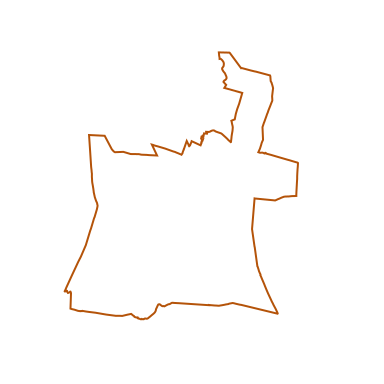 Lerma, México, Mexico (Robinson projection), rotated 195°
{"feature_id": "50627088B475938863267", "entity_name": "Lerma", "entity_type": "district", "adm_level": 2, "iso_a3": "MEX", "parent_name": "Mexico", "parent_adm1": "México", "projection": "robinson", "projection_center": [-99.473, 19.326], "detail": "fine", "context": "isolated", "style": "outline", "palette": "amber", "viewbox_px": 384, "rotation_deg": 195, "n_neighbors": 0, "source": "geoboundaries", "source_scale": "gbopen_adm2", "svg_char_len": 5876}
<svg xmlns="http://www.w3.org/2000/svg" viewBox="0 0 384 384"><g transform="rotate(195 192 192)"><path d="M187.7,300.9L185.6,300.9L169.1,300.7L169.3,289.4L169.8,283.8L169.9,278.9L169.5,273.2L169.8,273.0L170.9,272.2L172.4,271.0L171.7,269.8L171.3,268.9L171.0,268.3L169.8,266.1L169.3,264.8L169.0,263.2L168.7,261.5L168.5,259.2L168.4,258.1L168.2,256.2L167.9,254.5L167.3,250.4L167.5,250.2L170.5,251.7L171.7,252.5L173.4,253.4L174.3,253.9L174.8,254.1L175.5,254.5L178.3,255.9L178.9,256.1L179.5,256.2L180.1,256.2L180.7,256.3L181.3,256.3L183.9,256.5L184.9,256.6L185.3,256.7L186.2,257.1L186.6,257.1L187.0,257.1L188.0,256.8L188.4,256.6L188.7,256.4L189.1,256.0L189.5,255.8L189.7,255.5L190.0,255.2L190.6,254.7L191.1,254.5L191.5,254.3L192.5,254.1L193.9,253.8L193.7,253.3L193.7,252.7L192.6,252.8L192.6,252.2L195.5,251.7L195.4,251.3L195.5,251.0L195.3,248.5L195.5,248.5L195.5,248.0L196.1,248.0L196.5,248.4L196.6,247.8L197.1,247.8L197.0,245.9L196.5,245.6L196.3,245.7L195.9,245.6L195.6,245.7L195.0,245.9L195.1,244.6L195.6,244.7L195.8,243.5L195.5,243.4L195.8,241.9L195.5,241.8L195.8,239.3L197.0,239.5L205.5,241.0L205.5,240.0L205.8,238.1L205.9,236.9L206.0,236.5L206.2,236.2L206.3,235.9L206.6,235.5L207.0,235.8L207.2,236.1L207.3,236.4L207.8,237.1L208.5,237.8L209.5,239.0L210.3,239.9L210.8,232.9L210.9,231.1L211.0,231.1L211.0,230.7L211.2,228.9L211.3,227.2L211.2,226.9L211.8,225.3L212.2,225.4L213.9,225.6L214.5,225.7L215.9,225.9L216.2,225.9L216.8,226.0L217.0,226.0L217.7,226.1L218.2,226.2L218.8,226.3L219.2,226.3L219.3,226.3L219.7,226.3L220.6,226.3L229.1,227.0L236.5,227.2L239.9,227.2L241.9,227.4L243.0,227.4L235.2,218.2L243.1,216.5L245.5,216.1L248.5,215.4L249.1,215.3L250.3,215.0L250.9,214.9L252.0,214.9L253.2,214.8L261.1,212.8L268.7,213.0L276.7,210.5L277.8,210.8L278.7,211.3L280.5,212.5L290.9,223.7L306.2,220.4L300.4,203.4L295.9,190.1L294.9,187.6L294.5,186.6L294.1,185.4L293.4,183.7L292.6,180.6L292.1,179.2L291.5,177.3L291.1,176.1L290.6,174.9L289.7,173.0L288.2,169.7L287.2,167.3L286.8,166.2L286.4,165.5L285.9,164.5L285.5,163.7L285.0,162.8L284.7,162.1L284.1,161.2L282.3,158.5L282.0,158.2L281.6,157.7L281.1,157.1L280.6,156.3L280.3,155.5L279.8,154.8L279.6,153.9L279.5,152.8L279.4,150.5L279.5,146.4L279.6,142.5L279.8,141.4L280.1,130.6L280.3,128.4L280.8,113.2L282.6,100.8L283.8,95.2L285.8,83.9L286.4,80.5L288.6,67.5L288.8,66.2L288.9,65.1L289.3,63.2L289.0,63.0L288.7,63.1L288.4,63.5L288.4,64.0L288.2,64.3L287.1,64.1L286.7,63.2L286.1,62.8L285.7,62.4L285.0,62.8L284.3,63.6L283.8,64.3L283.6,64.3L283.2,63.8L282.7,63.0L279.2,47.9L277.9,47.8L275.2,47.9L271.4,47.7L271.0,47.7L270.6,47.8L270.1,47.9L269.5,47.9L269.1,47.9L268.6,48.3L268.2,48.4L267.8,48.4L267.5,48.4L267.2,48.8L263.7,49.1L260.4,49.5L254.1,50.4L243.2,51.4L233.4,52.7L230.3,53.6L228.0,54.1L227.4,54.2L222.6,56.8L219.2,58.5L218.5,58.2L217.1,57.5L215.8,57.1L215.4,56.6L214.5,56.4L213.3,56.4L212.7,56.5L212.2,56.8L211.9,56.8L211.8,56.7L211.6,56.0L210.4,55.9L210.1,56.0L209.9,56.0L208.9,55.8L208.2,55.9L207.9,56.2L207.7,56.4L207.2,56.2L206.5,56.5L206.3,56.6L205.9,56.6L205.7,56.6L205.4,57.0L204.9,57.4L204.6,57.7L203.5,57.8L202.8,57.9L202.2,58.3L201.6,58.9L201.2,59.6L200.6,60.3L199.1,62.5L198.6,63.2L198.0,64.0L197.4,64.9L196.8,66.0L196.6,66.6L196.4,67.4L196.3,68.2L196.4,68.9L196.4,69.7L196.2,70.7L195.9,72.4L195.8,73.2L195.6,74.0L195.5,74.5L195.1,74.8L194.7,75.1L194.3,75.1L193.9,75.1L193.5,75.0L193.2,74.7L192.8,74.6L191.9,74.3L191.4,74.1L191.2,74.1L190.8,74.1L190.3,74.3L189.9,74.5L189.5,74.5L189.3,74.4L189.1,74.4L188.5,74.9L188.3,75.1L187.9,75.5L187.6,75.8L186.4,76.9L185.6,77.5L184.6,77.9L184.2,78.3L183.3,79.2L182.9,79.6L182.6,79.8L182.1,79.9L181.7,80.1L181.1,80.1L175.9,81.2L146.1,87.1L146.2,87.3L144.9,87.5L140.9,88.2L139.6,88.5L138.0,88.8L136.5,89.1L135.7,89.5L134.6,90.0L133.9,90.3L131.2,91.6L130.6,91.9L130.5,92.0L128.7,92.8L127.8,93.2L127.3,93.7L124.0,95.3L122.5,95.4L120.9,95.4L117.4,95.5L115.9,95.6L115.5,95.7L77.9,96.6L77.8,96.9L78.6,98.0L79.4,98.9L80.9,100.7L82.6,102.5L84.2,104.2L85.0,105.2L86.6,106.9L87.4,107.9L92.1,113.5L92.9,114.5L94.4,116.4L95.1,117.3L97.4,120.3L98.1,121.3L100.6,124.5L101.4,125.5L103.7,128.5L104.5,129.4L104.5,130.1L105.5,131.2L106.8,132.9L108.0,134.9L108.9,136.3L109.1,136.6L109.2,136.8L109.6,137.1L117.2,155.1L117.4,155.3L124.4,171.7L129.9,202.0L129.6,202.0L109.9,205.3L109.6,205.3L108.3,206.3L107.4,207.1L105.9,208.2L104.1,209.7L102.0,211.2L100.6,211.8L97.5,212.7L94.7,213.8L93.1,214.3L92.0,214.6L90.2,215.2L90.5,216.2L91.2,219.3L93.2,228.8L93.8,231.8L94.5,234.5L95.2,237.7L95.9,241.1L96.4,243.9L97.1,247.4L97.7,247.7L99.2,247.7L103.1,247.8L106.0,247.9L107.9,247.9L117.6,248.1L125.5,248.3L126.5,248.3L128.2,248.3L129.8,248.3L130.3,248.6L131.4,248.8L131.6,248.5L131.7,248.0L132.2,248.0L133.4,248.2L133.8,248.3L135.0,248.0L135.9,247.7L136.4,247.5L138.2,247.6L137.9,249.5L137.7,250.8L137.6,251.1L137.4,255.3L137.4,257.5L137.3,258.1L137.3,258.3L136.9,260.8L139.7,269.7L140.7,272.9L140.4,277.9L140.3,278.2L140.1,280.8L139.7,285.5L139.7,286.3L139.4,288.3L139.3,290.4L138.7,295.5L138.4,298.4L138.1,300.7L138.1,301.1L138.2,301.5L138.4,302.2L139.4,305.2L140.5,312.8L140.5,313.1L141.1,314.3L142.2,316.2L143.2,317.7L143.3,318.0L144.7,319.5L146.3,324.1L146.8,324.8L155.4,324.8L161.4,324.8L162.6,324.7L166.8,324.6L168.7,324.6L170.6,324.6L172.6,324.6L174.1,324.6L176.3,324.6L176.6,324.3L177.4,324.9L183.9,330.1L190.7,335.5L191.6,336.2L192.0,336.3L202.2,333.8L201.0,330.6L200.3,329.2L199.8,327.7L199.2,328.0L198.9,328.0L198.7,328.0L198.2,327.8L197.7,327.5L197.4,327.4L196.4,326.7L195.1,325.5L194.5,324.4L194.3,323.5L194.2,323.0L194.1,322.0L194.1,321.7L194.5,320.5L194.8,319.8L194.9,319.5L194.8,319.2L194.8,318.7L194.4,318.1L193.0,316.7L191.8,315.8L191.0,315.3L189.8,313.8L188.9,312.7L188.4,311.9L188.1,311.0L188.1,310.5L188.3,309.8L188.6,309.2L189.0,308.7L189.6,308.1L189.8,307.7L190.0,307.3L190.0,307.0L190.1,306.5L188.0,305.1L186.7,304.3L187.2,302.6L187.7,300.9Z" fill="none" stroke="#b45309" stroke-width="2"/></g></svg>